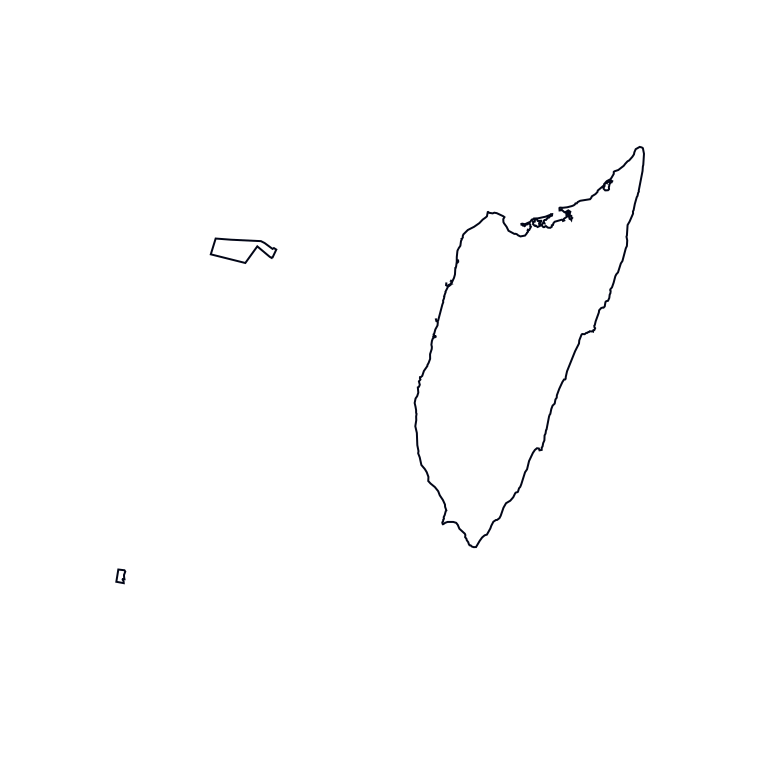 outline of Cozumel, Quintana Roo, Mexico, rotated 347°
{"feature_id": "50627088B79233583938817", "entity_name": "Cozumel", "entity_type": "district", "adm_level": 2, "iso_a3": "MEX", "parent_name": "Mexico", "parent_adm1": "Quintana Roo", "projection": "robinson", "projection_center": [-86.9, 20.435], "detail": "fine", "context": "isolated", "style": "outline", "palette": "ink", "viewbox_px": 768, "rotation_deg": 347, "n_neighbors": 0, "source": "geoboundaries", "source_scale": "gbopen_adm2", "svg_char_len": 6145}
<svg xmlns="http://www.w3.org/2000/svg" viewBox="0 0 768 768"><g transform="rotate(347 384 384)"><path d="M675.7,252.9L683.8,234.7L685.2,230.2L685.9,228.9L689.1,218.2L689.3,212.5L688.4,211.5L686.5,210.5L682.1,211.8L680.1,214.5L679.2,216.5L677.1,218.5L673.2,221.3L671.4,221.8L668.6,223.7L666.7,225.3L660.4,228.2L656.4,228.6L655.6,229.0L655.1,231.0L652.3,234.0L651.0,235.2L647.9,236.8L648.0,237.6L649.3,237.8L649.8,237.5L650.3,237.9L651.1,236.9L652.0,237.7L651.1,238.7L650.3,238.5L648.3,240.5L648.1,241.6L647.4,242.6L647.1,244.8L646.6,245.2L645.8,245.6L643.1,245.1L641.9,243.1L641.9,242.4L643.4,240.8L644.1,238.6L645.8,237.7L646.4,238.4L647.7,236.2L646.6,236.5L643.4,238.8L643.3,239.6L642.6,240.1L635.8,243.6L635.2,244.9L632.8,246.5L628.7,247.9L628.0,249.0L626.4,250.3L616.4,249.6L613.7,250.3L612.4,251.4L611.2,251.1L610.4,252.0L609.0,252.6L607.0,252.9L602.2,253.0L597.8,252.5L595.2,251.7L594.5,252.0L594.1,254.4L595.8,254.6L596.4,253.4L596.4,254.3L598.5,257.3L600.0,257.2L602.6,256.3L604.3,258.1L603.5,259.5L602.9,261.6L603.0,261.9L604.3,262.3L604.1,263.9L604.7,264.6L603.7,265.4L603.4,266.2L603.2,265.7L602.0,264.9L601.7,258.8L602.4,257.6L601.7,257.4L599.9,258.9L600.2,259.7L599.8,260.1L599.7,260.8L600.0,262.1L596.5,263.5L595.8,264.2L596.3,265.2L595.1,265.4L594.9,264.3L594.3,263.9L586.8,264.3L585.1,265.6L584.5,267.0L583.2,267.1L582.9,268.5L581.2,269.2L579.6,268.8L578.6,268.3L577.4,266.6L576.7,266.5L575.7,267.2L574.6,267.0L573.9,266.0L573.5,264.4L574.9,263.0L576.5,263.6L576.1,261.2L577.4,260.3L578.9,260.5L579.5,259.8L580.3,259.6L580.7,258.9L582.4,258.9L583.3,258.0L585.6,257.7L586.1,256.3L584.7,256.1L584.4,256.5L579.0,257.3L571.1,257.2L568.0,256.6L568.1,257.0L569.9,257.7L570.5,259.7L573.7,260.3L573.6,261.1L572.3,261.8L571.6,261.8L571.2,262.5L571.2,263.5L572.2,263.3L572.4,263.8L572.0,264.9L569.0,265.6L567.5,263.8L567.0,264.1L566.4,263.7L565.2,261.9L565.7,260.4L565.6,259.5L565.8,259.2L566.3,259.7L567.4,259.7L568.0,258.0L567.7,256.8L564.9,257.1L563.0,258.9L560.7,259.3L562.2,261.1L562.4,261.8L562.0,263.3L562.5,263.9L560.1,266.7L559.4,266.8L558.9,266.1L558.5,266.5L558.8,267.5L558.3,268.3L557.4,268.7L557.1,269.3L554.8,271.1L550.1,270.9L548.1,269.3L547.2,268.0L546.1,267.3L544.7,267.0L539.8,262.7L538.8,258.4L537.1,254.4L536.8,253.1L537.3,250.2L538.9,248.5L538.0,247.4L532.3,242.9L530.0,241.9L528.3,242.2L525.1,240.9L524.2,239.8L523.8,239.8L522.0,243.8L520.5,244.6L517.2,246.0L513.1,248.7L507.1,251.1L500.3,252.8L495.0,256.1L494.0,257.6L493.8,258.9L492.4,260.3L492.3,260.1L492.2,260.1L492.2,260.8L491.2,262.0L489.5,266.5L486.9,268.9L486.7,268.7L486.8,269.0L485.5,270.8L483.5,276.6L482.3,281.6L483.1,281.3L483.6,280.0L484.0,280.2L483.8,281.6L482.9,282.3L482.1,282.0L480.8,285.5L480.0,287.0L479.6,287.0L477.8,293.2L476.1,296.3L473.6,299.5L472.6,298.5L472.4,298.7L473.5,299.5L472.9,300.1L473.0,300.4L471.8,301.7L471.6,301.2L471.4,301.4L471.8,301.7L471.1,301.8L471.4,302.0L470.9,302.4L470.2,302.4L470.4,302.7L469.6,303.1L468.5,303.4L466.9,301.7L467.6,299.1L466.7,301.7L468.4,303.4L464.6,308.0L464.7,308.4L462.3,312.1L462.5,312.3L461.7,314.1L460.3,316.1L460.1,317.7L458.8,319.6L450.9,334.6L450.2,335.0L449.3,334.6L449.1,331.7L449.2,334.6L450.0,335.1L450.3,336.1L449.3,339.0L446.3,342.4L444.0,346.7L443.6,346.7L443.3,347.3L443.8,348.6L444.9,348.8L445.0,349.6L444.1,349.9L443.5,348.9L442.6,349.0L442.3,350.4L441.6,350.9L440.4,352.8L439.0,356.4L439.0,358.6L438.4,360.6L435.6,365.3L434.6,369.9L432.2,373.5L430.5,375.4L430.3,376.2L425.8,380.3L423.1,384.7L421.4,385.6L420.7,385.4L420.3,386.3L420.5,387.9L418.6,389.3L418.7,392.8L417.4,394.6L416.2,394.9L415.5,400.1L413.6,403.3L411.5,405.2L409.6,409.4L409.6,413.1L409.4,416.7L408.8,419.4L409.0,420.4L408.0,422.9L407.3,426.5L405.0,432.2L405.0,439.1L402.7,451.1L402.5,457.2L401.7,459.2L402.3,463.5L402.2,471.3L404.7,476.2L405.8,479.6L406.4,484.5L405.3,488.5L407.0,491.5L410.4,495.9L412.7,500.7L413.3,505.0L415.3,510.3L416.3,515.2L415.9,517.4L416.3,521.3L415.6,521.7L413.7,525.3L412.2,527.2L412.1,528.8L411.2,529.5L410.8,530.9L409.7,531.9L409.6,533.3L409.8,533.9L410.2,533.9L412.5,533.0L414.9,532.7L420.5,534.0L423.1,535.5L424.2,537.9L424.9,542.0L429.1,548.1L429.3,549.5L428.6,551.5L429.5,553.4L429.5,554.8L430.5,557.1L430.6,558.9L431.1,560.4L432.1,560.7L433.0,562.1L434.6,563.1L437.0,563.6L441.9,558.4L445.1,555.6L448.0,554.1L450.4,553.9L455.1,548.7L456.7,546.2L459.6,542.8L462.4,541.7L463.6,541.9L466.3,540.7L468.1,538.6L472.6,531.4L476.1,527.6L480.8,526.1L484.5,523.4L487.3,519.9L488.2,519.4L489.9,519.4L490.4,518.9L492.1,516.0L493.6,514.9L495.2,512.6L501.6,501.7L504.2,499.3L508.0,491.7L513.6,484.6L516.2,482.2L518.6,481.0L520.4,481.7L520.6,483.6L522.8,483.7L523.4,481.4L524.4,480.6L525.8,477.4L527.6,475.0L528.9,470.2L530.2,468.7L531.5,465.4L532.1,465.0L537.5,452.8L538.6,451.1L539.3,450.6L541.4,446.0L543.4,443.0L545.9,441.5L547.6,437.6L549.2,436.2L549.9,433.9L553.7,428.1L558.2,422.3L560.4,420.1L561.6,420.3L562.2,419.7L562.7,418.0L565.2,412.8L577.6,395.0L583.1,388.4L584.1,385.4L587.6,380.3L588.4,379.9L590.7,380.6L592.6,379.7L593.6,379.9L594.8,379.3L595.6,379.4L596.3,378.9L598.1,379.5L598.7,379.4L599.5,380.0L600.2,378.6L601.1,378.7L602.3,377.1L601.8,376.0L602.0,374.5L602.7,373.9L604.3,370.6L609.4,362.7L610.2,360.6L612.6,358.9L614.0,358.7L615.1,359.0L616.5,358.1L618.2,354.0L619.2,353.3L621.0,353.3L622.9,350.8L624.0,347.7L625.0,346.5L625.8,344.3L625.5,343.6L625.8,342.7L627.9,341.1L630.5,337.0L633.6,331.1L635.0,329.4L637.1,327.9L641.9,319.8L644.0,317.8L650.1,306.2L651.7,304.2L653.3,298.8L653.4,295.0L654.1,293.9L657.1,283.9L659.9,280.9L665.0,274.0L665.4,271.8L666.3,270.8L668.9,265.0L672.3,258.8L673.3,257.8L674.6,255.0L675.6,253.9L675.7,252.9ZM309.3,228.8L307.3,226.8L305.8,227.3L299.4,219.8L296.2,217.1L267.4,209.0L252.7,204.4L244.4,218.7L276.1,234.9L291.5,221.4L301.3,234.4L302.9,235.9L303.3,235.4L304.0,235.5L309.3,228.8ZM85.6,519.5L85.9,517.5L85.3,515.8L85.6,515.3L87.2,515.8L87.3,513.7L87.7,511.6L89.7,508.6L89.2,507.1L83.4,505.0L78.7,516.5L85.6,519.5ZM554.9,258.9L553.9,258.9L553.8,259.7L554.4,259.9L555.2,261.1L556.6,261.2L556.7,261.7L557.0,261.6L557.2,260.7L559.9,260.7L560.3,260.1L560.3,259.7L557.0,259.9L554.9,258.9Z" fill="none" stroke="#020617" stroke-width="2"/></g></svg>